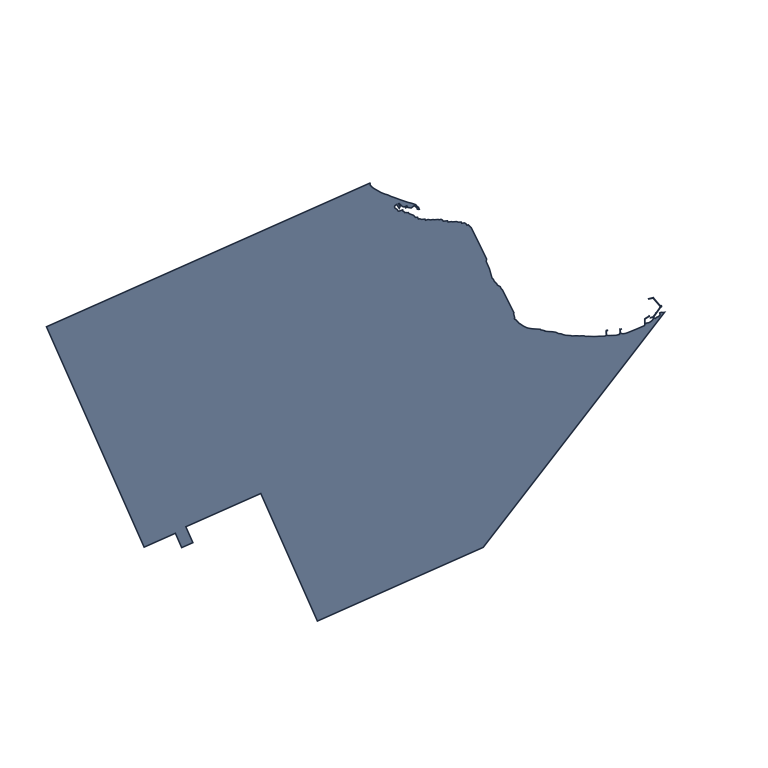 77, Madinat ach Shamal, Qatar (Albers equal-area conic projection), rotated 336°
{"feature_id": "91078587B75856753740390", "entity_name": "77", "entity_type": "district", "adm_level": 2, "iso_a3": "QAT", "parent_name": "Qatar", "parent_adm1": "Madinat ach Shamal", "projection": "albers", "projection_center": [51.407, 25.968], "detail": "fine", "context": "isolated", "style": "filled", "palette": "slate", "viewbox_px": 768, "rotation_deg": 336, "n_neighbors": 0, "source": "geoboundaries", "source_scale": "gbopen_adm2", "svg_char_len": 3049}
<svg xmlns="http://www.w3.org/2000/svg" viewBox="0 0 768 768"><g transform="rotate(336 384 384)"><path d="M406.0,573.6L408.2,573.6L628.1,455.0L669.5,432.6L668.1,432.2L666.4,431.2L664.7,431.2L664.4,433.1L663.1,433.6L662.3,434.1L660.4,433.9L658.4,434.5L657.7,433.5L657.4,432.6L668.0,426.3L668.7,426.4L669.1,426.2L669.3,425.4L669.0,425.0L668.2,425.1L665.3,415.4L665.3,414.6L660.4,413.7L660.4,414.1L664.7,415.0L667.6,424.5L667.8,425.7L666.3,426.9L661.6,429.7L661.1,429.6L660.9,430.1L656.7,432.3L656.2,431.9L654.4,431.8L654.3,432.0L654.7,432.1L656.2,432.2L657.1,433.5L656.3,434.2L654.8,435.0L652.9,435.5L650.8,435.7L648.7,435.1L647.9,435.3L647.3,435.3L647.1,435.0L647.9,432.7L648.2,432.1L648.7,431.0L648.9,430.8L653.6,430.1L654.0,430.1L654.1,429.8L653.9,429.5L653.5,429.8L652.4,430.0L650.3,430.2L649.3,430.4L648.6,430.6L646.3,435.9L645.7,436.6L636.7,436.5L627.6,436.2L625.3,436.0L623.1,435.4L621.9,434.8L620.8,433.5L621.9,430.5L623.1,430.4L623.1,430.2L622.1,430.2L621.8,429.9L620.5,433.3L619.7,433.7L619.4,434.5L615.8,433.9L608.5,430.9L607.2,430.0L608.2,427.2L608.8,426.0L609.2,425.9L609.4,426.1L609.9,426.1L610.0,425.7L609.0,425.4L608.6,425.7L608.1,426.6L606.8,430.1L604.9,430.0L602.6,429.0L599.8,427.8L598.1,427.2L595.3,426.1L594.5,425.7L590.0,423.5L587.5,422.5L586.3,421.3L583.3,420.0L582.5,419.8L580.1,418.5L578.5,417.8L575.1,416.5L574.5,415.8L571.6,414.3L569.8,413.4L567.8,411.8L566.5,410.4L565.6,409.8L563.8,408.8L562.8,407.5L562.0,406.6L558.9,404.6L555.9,403.1L552.6,401.3L552.6,400.8L550.6,399.2L549.4,398.5L549.1,397.6L546.6,396.3L543.9,394.9L542.2,394.0L539.8,392.5L538.2,391.4L537.2,390.5L535.0,387.9L533.4,385.4L533.0,384.6L532.3,383.9L530.4,378.5L529.7,377.9L529.7,377.2L530.4,376.5L531.0,372.5L531.7,371.8L530.5,346.4L529.8,344.4L529.8,342.4L527.8,339.7L527.8,338.4L526.5,335.0L526.5,333.0L525.8,331.0L527.2,321.7L527.2,313.6L528.6,311.6L528.0,294.2L527.3,276.8L525.7,272.8L524.4,272.8L524.0,270.8L523.0,269.5L520.4,268.8L520.4,267.4L517.7,266.4L516.4,265.1L512.4,263.7L511.8,263.1L508.4,262.1L508.4,260.7L504.4,259.4L504.1,258.0L503.1,256.7L501.1,256.4L500.5,255.7L496.5,254.3L495.8,253.7L493.2,253.0L491.2,251.6L488.5,251.3L488.5,250.0L485.2,248.9L483.9,247.6L482.5,247.3L482.5,245.3L480.5,244.6L479.6,241.9L476.2,238.5L475.9,237.2L474.6,236.9L473.9,236.2L472.6,235.9L472.3,234.5L471.6,233.8L471.9,232.5L467.9,232.2L467.3,231.8L466.9,229.8L465.6,227.8L465.6,226.5L466.6,225.5L468.6,225.1L469.3,229.8L470.9,228.5L470.6,225.1L471.3,225.2L472.9,229.2L473.9,230.2L475.3,230.5L475.3,231.9L476.6,231.9L476.6,230.5L477.3,230.5L477.6,232.5L480.4,234.3L484.2,233.4L485.7,236.4L485.5,237.8L486.3,238.5L487.3,238.8L487.4,236.6L486.6,235.5L485.9,233.0L482.8,230.1L479.9,227.9L474.9,223.3L473.3,221.8L471.3,219.8L468.7,217.3L467.0,215.8L464.7,213.1L463.4,211.9L462.3,211.1L459.0,207.7L458.1,206.4L455.2,202.5L454.0,200.8L453.1,199.0L452.3,196.6L453.0,194.9L452.8,194.7L98.9,194.4L98.5,435.5L132.7,435.5L132.6,451.2L144.9,451.2L144.9,433.8L226.9,433.9L226.7,573.5L324.5,573.5L406.0,573.6Z" fill="#64748b" stroke="#1e293b" stroke-width="1.5"/></g></svg>